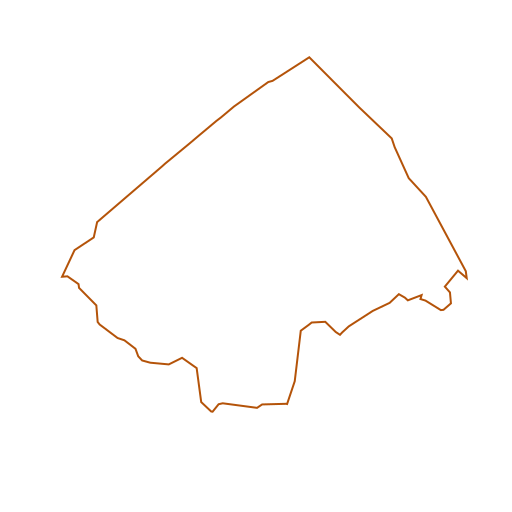 Nassau, New York, United States of America, rotated 239°
{"feature_id": "52423323B42354579566723", "entity_name": "Nassau", "entity_type": "district", "adm_level": 2, "iso_a3": "USA", "parent_name": "United States of America", "parent_adm1": "New York", "projection": "natural_earth1", "projection_center": [-73.625, 40.752], "detail": "fine", "context": "isolated", "style": "outline", "palette": "amber", "viewbox_px": 512, "rotation_deg": 239, "n_neighbors": 0, "source": "geoboundaries", "source_scale": "gbopen_adm2", "svg_char_len": 1057}
<svg xmlns="http://www.w3.org/2000/svg" viewBox="0 0 512 512"><g transform="rotate(239 256 256)"><path d="M128.5,425.2L134.9,428.0L219.2,432.1L244.0,427.0L274.2,430.5L277.8,430.9L286.9,432.9L329.8,421.1L348.3,416.5L398.9,404.0L397.6,360.4L398.8,356.1L395.5,314.3L395.3,313.0L392.8,297.2L392.2,291.7L391.9,289.9L391.3,286.0L388.7,269.4L386.7,257.1L382.0,225.7L381.2,221.6L366.9,137.3L355.5,126.5L354.5,103.5L338.1,79.1L335.7,83.9L323.3,89.4L319.8,87.9L295.9,93.7L281.0,86.3L277.8,86.7L257.0,95.1L251.5,99.8L238.5,104.9L230.7,103.4L225.1,104.6L219.0,110.4L208.0,125.4L206.8,140.2L194.5,145.6L190.5,147.4L159.0,133.8L145.8,137.5L144.9,138.6L148.2,147.6L146.9,151.6L125.3,178.7L125.6,184.8L113.8,205.7L113.1,206.4L128.7,224.7L168.9,255.9L169.8,265.6L170.3,269.5L163.9,281.5L149.8,285.2L145.2,287.4L146.1,290.5L147.9,299.3L148.8,327.8L147.0,346.4L149.7,358.8L143.6,362.2L139.8,363.3L137.2,377.8L134.4,374.8L130.5,378.3L114.4,386.6L113.3,389.0L115.0,398.7L124.9,403.5L132.5,402.1L139.4,421.6L128.5,425.2Z" fill="none" stroke="#b45309" stroke-width="2"/></g></svg>